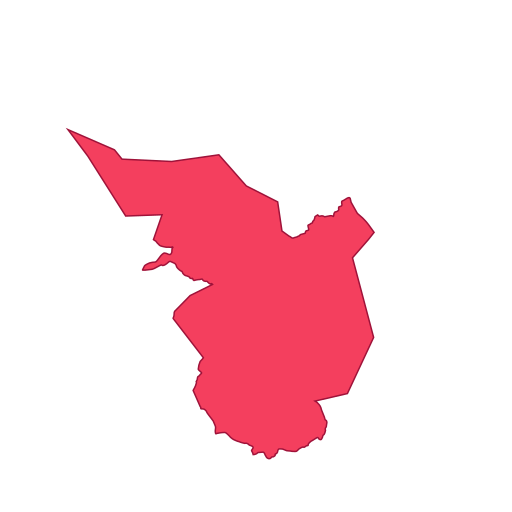 outline of Corquin, Copán, Honduras, rotated 245°
{"feature_id": "27666195B19048967289825", "entity_name": "Corquin", "entity_type": "district", "adm_level": 2, "iso_a3": "HND", "parent_name": "Honduras", "parent_adm1": "Copán", "projection": "albers", "projection_center": [-88.867, 14.553], "detail": "fine", "context": "isolated", "style": "filled", "palette": "rose", "viewbox_px": 512, "rotation_deg": 245, "n_neighbors": 0, "source": "geoboundaries", "source_scale": "gbopen_adm2", "svg_char_len": 6002}
<svg xmlns="http://www.w3.org/2000/svg" viewBox="0 0 512 512"><g transform="rotate(245 256 256)"><path d="M223.4,364.8L227.5,373.0L236.0,371.4L238.3,370.9L240.6,370.3L242.8,369.6L245.4,368.7L248.1,367.5L250.8,366.3L251.5,366.0L252.4,365.8L264.5,364.9L268.4,365.7L268.9,365.6L269.4,365.3L269.6,365.0L269.7,364.7L269.9,363.3L269.4,359.1L269.4,357.6L269.3,356.9L268.6,356.4L267.7,356.0L266.8,355.8L266.3,355.6L265.8,355.3L265.4,354.9L265.3,354.6L265.3,353.8L265.3,353.1L265.5,352.2L265.4,351.8L265.0,351.4L264.5,351.1L264.1,350.9L263.6,350.8L263.2,350.7L262.7,350.1L262.3,349.3L262.2,348.7L262.2,347.9L262.3,347.0L262.5,346.4L262.5,346.2L262.4,345.9L262.1,345.4L261.6,344.7L259.5,343.3L259.3,343.1L259.2,342.9L259.2,342.7L259.4,342.5L260.1,342.1L260.5,341.6L261.1,340.4L262.4,335.3L262.5,334.9L262.9,334.5L263.8,333.8L264.3,333.1L264.8,332.1L265.0,331.0L265.2,330.5L265.3,330.2L265.6,329.9L266.0,329.7L266.5,329.5L267.1,329.3L267.2,329.2L267.1,328.6L266.9,326.9L266.8,326.5L266.7,326.1L266.5,325.9L265.5,325.2L264.3,324.0L263.8,323.4L263.6,322.6L263.4,322.1L263.1,321.8L262.5,321.4L262.2,320.9L262.2,320.5L262.3,319.9L261.9,317.7L262.0,316.7L261.9,316.3L261.7,316.0L261.2,315.8L259.5,315.4L258.1,315.1L257.5,314.8L257.4,314.7L257.3,314.4L257.4,313.1L257.6,312.2L257.5,311.8L257.3,311.5L256.9,311.0L256.6,310.7L256.1,310.5L255.9,310.2L255.9,309.6L256.6,305.6L256.5,304.8L256.1,304.3L256.0,304.0L256.1,302.6L256.0,301.0L256.5,298.4L256.5,297.5L256.6,297.0L256.9,296.6L257.4,296.1L259.1,295.1L260.3,294.2L267.7,290.1L295.9,298.5L323.6,276.8L363.4,265.1L377.3,219.5L400.4,175.5L412.0,172.6L450.0,139.0L417.5,145.8L347.3,154.8L333.1,188.3L314.2,170.0L313.2,170.5L312.0,171.4L310.9,171.7L309.2,172.1L307.7,172.7L306.7,173.0L306.2,173.3L305.6,173.7L304.5,174.9L303.4,176.3L302.1,178.1L301.7,178.8L300.9,180.6L299.8,182.6L299.7,183.1L299.6,183.9L299.5,184.1L299.3,184.2L299.1,184.3L298.8,184.2L298.5,183.4L298.1,183.0L295.2,181.4L294.7,181.0L294.1,180.2L293.8,179.6L293.6,179.2L293.7,178.7L294.0,178.1L294.4,177.5L296.1,176.0L297.1,174.7L297.5,174.0L297.5,173.3L297.2,171.8L296.5,169.9L293.9,165.0L293.4,163.9L293.1,163.0L293.1,162.4L293.2,161.8L294.1,159.3L294.7,156.6L294.7,153.9L294.6,152.6L294.4,151.4L294.1,150.7L293.3,149.7L291.7,147.7L291.3,147.3L291.2,147.3L290.8,147.9L290.0,149.7L287.9,156.1L287.8,156.9L287.7,158.0L287.7,159.1L287.9,162.7L288.0,164.6L288.0,166.0L287.9,166.4L287.8,166.6L287.2,167.0L286.9,167.3L286.6,168.2L286.5,168.9L286.5,169.9L286.8,171.9L287.1,172.9L287.4,174.0L287.6,174.7L287.5,175.5L287.4,175.9L287.2,176.2L283.8,179.1L283.3,179.4L282.5,179.6L281.8,179.7L281.1,179.7L279.8,179.5L279.0,179.6L278.1,179.8L276.7,180.3L275.4,180.9L274.2,181.6L273.9,181.8L273.5,182.3L273.3,182.4L271.2,182.4L270.1,182.7L269.3,183.0L268.6,183.4L268.0,183.9L266.8,185.3L265.7,186.3L265.3,186.5L264.8,186.8L264.0,186.8L263.5,187.2L263.1,187.6L262.9,187.8L262.8,188.2L262.7,188.7L262.5,189.0L262.2,189.1L261.7,189.0L261.2,189.0L260.6,189.1L260.2,189.4L260.0,189.5L260.0,189.8L259.4,192.4L259.0,193.7L258.4,195.2L258.3,195.9L258.1,196.7L257.9,197.3L257.5,197.6L256.5,197.7L256.0,197.9L255.5,198.2L254.5,199.3L254.2,199.9L253.9,200.6L253.7,200.9L253.4,201.1L252.3,201.4L250.7,202.1L250.3,202.5L250.0,203.1L249.9,203.4L249.9,203.8L249.8,204.0L249.2,204.4L248.6,204.6L248.0,179.6L240.3,159.0L239.5,158.1L237.2,156.8L236.4,156.3L235.4,155.4L234.9,154.8L234.4,154.5L186.1,165.3L185.4,164.2L185.0,163.2L184.6,162.3L184.1,161.0L184.0,160.8L181.2,158.1L178.1,156.0L177.6,155.8L177.1,155.9L176.6,156.0L173.4,157.3L173.2,157.3L173.0,157.2L172.6,156.8L172.4,155.9L171.4,153.7L171.3,153.2L171.2,152.4L170.9,152.0L170.0,151.2L169.1,150.8L168.9,150.6L167.5,148.8L167.4,148.7L166.9,148.7L166.1,148.3L163.9,146.3L163.2,145.4L162.4,144.5L161.5,143.2L160.7,142.2L143.0,141.8L142.7,141.9L142.3,142.0L142.0,141.9L141.4,141.6L140.8,141.6L140.6,141.8L140.0,143.0L139.3,144.0L139.0,144.3L138.5,144.6L137.4,145.1L136.4,145.4L134.7,145.4L132.9,145.7L124.6,147.5L119.8,147.3L118.6,147.2L117.9,147.0L117.1,146.6L114.6,145.1L112.9,144.5L112.0,144.4L111.8,144.6L111.7,145.7L111.0,148.4L110.3,150.6L109.5,152.6L109.2,153.2L108.9,153.6L108.0,154.2L106.5,154.9L104.4,155.7L102.4,156.3L101.4,156.8L100.2,157.4L99.0,158.2L97.6,159.4L96.4,160.5L95.7,161.2L94.8,162.3L93.7,163.3L92.3,164.9L91.2,166.3L90.9,166.7L90.6,167.7L90.3,168.2L90.0,168.6L88.9,169.4L87.5,170.0L86.3,171.2L85.0,172.3L84.7,172.4L84.1,172.5L83.8,172.5L83.4,172.3L82.8,171.6L81.9,170.1L81.4,169.7L78.9,169.8L77.2,169.5L76.8,170.6L76.6,172.3L76.6,173.1L76.7,173.5L77.0,174.2L77.0,174.8L75.5,178.9L75.1,179.7L74.7,180.0L74.0,180.2L73.1,180.3L71.8,180.2L71.0,180.3L69.5,180.4L68.6,180.6L67.8,181.1L67.2,181.6L66.8,182.2L66.6,182.8L66.5,183.4L66.6,183.9L66.7,184.2L67.0,184.8L67.1,185.1L67.1,185.7L66.8,186.5L66.7,187.0L66.8,187.8L66.9,188.5L67.3,189.1L67.5,189.3L68.0,189.4L68.3,189.7L68.4,190.2L68.3,190.7L68.3,191.0L68.4,191.3L68.7,191.9L69.3,192.7L70.3,193.4L70.8,193.9L71.3,194.7L71.4,195.1L71.3,195.6L71.0,196.3L69.8,198.5L69.4,198.9L66.7,201.4L66.0,202.5L64.8,204.6L63.8,206.0L62.6,208.3L62.2,209.2L62.0,209.8L62.0,210.4L62.1,211.0L62.3,211.6L62.7,212.6L63.0,213.6L63.1,214.7L63.2,215.9L63.2,216.8L63.1,217.5L62.9,218.0L62.4,218.6L62.3,219.0L62.4,219.9L62.7,221.6L62.6,222.0L62.3,222.6L62.3,222.9L62.4,223.2L62.6,223.4L63.2,223.7L63.5,224.0L64.1,225.1L64.6,226.6L64.9,227.8L65.0,229.5L65.2,230.9L65.6,234.3L65.6,234.7L65.5,235.0L65.3,235.3L65.0,235.5L64.6,235.6L64.1,235.6L63.6,235.7L63.1,236.0L62.6,236.4L62.4,236.6L62.3,237.0L62.2,237.3L62.2,237.6L62.5,238.2L63.1,239.0L63.6,239.6L64.5,240.3L64.9,240.7L65.2,241.1L65.4,241.9L65.6,242.4L66.2,243.2L67.1,244.1L67.9,244.7L68.6,245.3L69.0,245.4L69.9,245.6L70.3,245.9L70.8,246.3L71.3,247.2L71.8,247.7L73.1,248.5L74.7,249.6L75.2,249.9L75.9,250.1L76.5,250.2L76.9,250.2L77.3,250.1L78.1,249.6L78.4,249.5L78.8,249.5L81.2,249.9L88.7,250.3L91.2,250.7L92.2,250.7L93.0,250.7L94.6,250.4L97.1,249.6L98.2,249.1L99.6,248.2L92.7,280.7L132.5,328.2L213.6,342.7L223.4,364.8Z" fill="#f43f5e" stroke="#9f1239" stroke-width="1.5"/></g></svg>